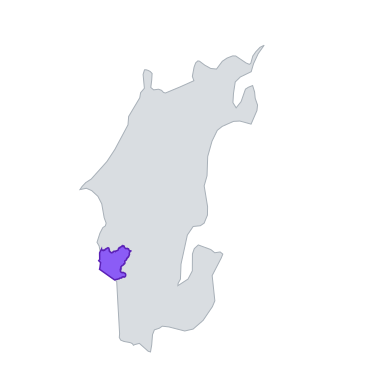 Los Chiles, Alajuela, Costa Rica (highlighted), rotated 247°
{"feature_id": "36466004B82753262426654", "entity_name": "Los Chiles", "entity_type": "district", "adm_level": 2, "iso_a3": "CRI", "parent_name": "Costa Rica", "parent_adm1": "Alajuela", "projection": "albers", "projection_center": [-84.675, 10.857], "detail": "fine", "context": "in_parent", "style": "filled", "palette": "violet", "viewbox_px": 384, "rotation_deg": 247, "n_neighbors": 0, "source": "geoboundaries", "source_scale": "gbopen_adm2", "svg_char_len": 5550}
<svg xmlns="http://www.w3.org/2000/svg" viewBox="0 0 384 384"><g transform="rotate(247 192 192)"><path d="M323.0,196.0L322.5,197.4L321.2,199.0L319.3,200.6L316.7,201.6L310.5,198.5L304.3,194.9L301.0,196.6L299.7,201.3L297.5,203.7L294.7,204.7L293.5,206.3L293.4,222.2L293.7,237.2L298.3,237.5L306.1,242.7L309.4,245.8L310.4,248.6L309.5,250.0L303.8,253.3L298.4,257.5L295.6,262.6L300.5,271.0L301.6,276.6L301.4,282.6L300.1,285.4L289.5,292.3L287.1,294.7L287.5,296.4L293.4,301.1L296.2,305.6L298.6,311.1L298.9,315.8L293.5,307.0L286.0,298.7L279.6,293.5L279.0,281.4L276.4,274.8L266.7,268.8L258.3,264.6L252.2,265.5L256.0,272.5L265.8,281.4L266.4,284.8L266.3,289.4L259.6,288.7L253.6,286.8L246.4,286.3L241.6,283.6L231.4,272.9L238.6,263.8L240.8,257.8L240.6,245.4L238.9,239.4L231.0,230.3L218.5,220.3L201.1,212.2L192.9,205.6L172.4,200.6L164.7,197.2L158.6,191.0L157.7,186.5L159.8,179.6L154.2,170.9L129.9,153.7L116.3,147.3L113.4,143.6L111.3,142.4L113.4,154.3L119.3,161.5L134.8,168.2L139.0,172.0L140.8,177.1L131.7,186.8L127.2,189.2L125.8,194.5L122.8,196.1L119.8,193.1L107.2,177.9L82.9,170.5L78.5,166.0L69.5,152.1L65.4,139.5L66.9,131.0L76.9,117.9L80.1,112.2L79.4,108.7L79.8,103.5L76.1,99.9L66.9,95.1L61.0,91.3L62.6,89.4L73.2,84.4L73.9,79.8L73.8,78.2L75.6,77.9L77.1,76.7L78.1,75.4L81.0,71.0L83.5,68.5L86.4,68.2L89.9,70.0L103.2,74.8L118.0,80.1L139.0,87.7L147.8,82.9L155.3,79.2L160.5,79.7L171.8,84.0L178.7,85.4L182.8,84.9L190.1,91.2L194.0,95.9L194.7,99.1L196.9,100.8L202.6,101.1L216.4,104.3L224.8,103.7L232.5,100.2L236.7,96.2L238.0,89.8L240.0,92.9L242.2,97.9L243.3,104.3L253.3,125.6L261.3,137.6L278.8,159.3L286.3,163.2L299.1,180.7L303.5,183.5L306.1,188.7L319.3,192.9L323.0,196.0Z" fill="#d9dde1" stroke="#a8b0b8" stroke-width="1"/><path d="M174.8,86.4L172.1,83.2L166.0,80.7L165.2,79.3L162.8,80.3L158.2,77.6L157.0,76.7L141.3,86.4L141.2,87.4L141.2,87.6L141.1,87.8L141.1,88.1L141.0,88.5L141.0,88.9L140.8,89.1L140.8,89.3L140.8,90.2L140.8,90.3L140.7,90.4L140.6,90.6L140.5,90.8L140.6,91.0L140.7,91.3L140.8,91.4L140.8,91.7L140.9,91.9L140.8,92.2L140.7,92.6L140.6,93.0L140.4,93.4L140.4,93.7L140.6,93.9L140.6,94.1L140.9,94.3L140.9,94.7L141.0,94.7L141.0,95.0L140.9,95.1L140.9,95.5L140.7,95.8L140.4,95.9L140.3,96.0L140.5,96.2L140.2,96.6L140.1,96.8L140.1,97.1L140.2,97.4L140.3,97.5L140.6,97.9L140.6,98.0L140.9,98.2L141.0,98.3L141.3,98.4L141.5,98.5L141.8,98.6L142.2,98.8L142.3,98.8L142.4,98.7L142.5,98.7L143.2,98.7L143.3,98.6L143.3,98.4L143.5,98.3L143.7,98.2L143.8,98.0L144.0,97.9L144.3,97.7L144.5,97.6L144.7,97.4L144.9,97.2L144.9,96.9L144.9,96.7L145.0,96.6L144.9,96.5L144.9,96.3L145.0,96.1L145.5,95.7L145.8,95.6L146.1,95.4L146.2,95.2L146.8,95.2L147.0,95.1L147.3,95.2L147.3,95.3L147.6,95.5L147.8,95.6L148.0,95.6L148.3,95.6L148.3,95.8L148.5,95.7L148.6,95.8L148.8,96.0L148.8,96.3L148.9,96.5L149.0,96.4L149.1,96.5L149.4,96.6L149.6,96.6L149.8,96.5L150.0,96.7L150.0,96.9L150.3,97.0L150.7,97.2L150.7,97.4L150.7,97.5L151.0,97.6L151.0,97.8L150.9,97.9L150.9,98.0L151.1,98.1L151.3,98.2L151.4,98.4L151.5,98.5L151.5,98.8L151.6,99.0L151.6,99.4L151.6,99.5L151.6,99.9L151.8,100.5L152.0,100.7L152.0,100.8L152.3,101.0L152.1,101.2L152.1,101.3L152.2,101.5L152.3,101.6L152.3,101.9L152.4,102.1L152.6,102.3L152.9,102.5L153.0,102.5L153.3,102.7L153.6,102.8L154.2,102.9L154.2,103.0L154.3,103.1L154.5,103.1L154.7,103.3L154.9,103.5L155.0,103.6L155.0,103.8L155.0,104.1L155.0,104.3L155.0,104.5L155.1,105.0L155.3,105.1L155.4,105.3L155.5,105.5L156.3,105.8L156.4,106.0L156.4,106.4L156.4,106.5L156.5,106.5L156.7,106.8L157.0,107.3L156.8,107.4L156.8,107.5L156.9,107.8L157.0,107.9L157.1,108.2L157.3,108.3L157.5,108.5L157.7,108.9L157.8,109.0L158.4,109.3L158.4,109.5L158.5,109.6L158.8,109.9L159.0,110.1L159.5,110.2L160.0,110.2L160.1,110.3L160.5,110.7L160.7,110.8L160.8,111.0L161.0,111.3L161.3,111.6L161.4,111.8L161.5,112.1L161.5,112.6L161.8,112.7L162.0,112.2L162.0,111.8L162.2,111.7L162.1,111.4L164.4,111.3L164.4,111.0L164.5,110.9L164.8,110.8L165.0,110.5L165.4,110.4L165.5,110.2L165.6,109.9L165.5,109.4L165.6,109.1L165.9,108.9L166.0,108.7L166.5,108.5L166.9,108.4L167.1,108.4L167.4,108.3L167.5,108.3L167.7,108.1L167.9,108.1L168.1,108.0L168.3,108.1L168.4,108.3L168.6,108.4L168.8,108.2L169.0,107.9L169.3,107.8L169.4,107.7L169.5,107.6L169.3,107.5L169.3,107.4L169.2,107.4L169.2,107.1L169.3,106.9L169.5,106.8L169.6,106.7L169.4,106.6L169.3,106.4L169.2,106.3L169.3,106.2L169.4,105.9L169.3,105.7L169.2,105.4L169.2,105.2L169.3,105.1L169.3,104.8L169.2,104.5L168.9,104.1L169.0,104.0L169.0,103.9L169.3,103.5L169.3,103.4L169.2,103.4L168.9,103.3L168.9,103.2L168.7,103.1L168.7,102.6L168.5,102.1L168.3,101.9L168.1,101.8L168.0,101.7L167.8,101.6L167.7,101.5L167.4,101.2L167.3,100.8L167.3,100.3L167.4,100.2L167.4,99.5L167.3,99.3L167.3,99.2L167.5,98.8L167.5,98.7L167.2,98.4L167.1,98.2L167.4,98.1L167.5,98.0L167.6,97.9L167.7,97.7L167.9,97.1L168.0,97.0L168.0,96.9L167.9,96.7L167.9,96.4L167.7,96.2L167.8,96.0L167.7,95.8L167.3,95.5L167.3,95.4L167.4,95.1L167.4,94.9L167.3,94.6L167.3,94.4L167.6,94.0L167.8,94.0L167.9,93.9L168.1,93.5L168.3,93.4L168.6,93.5L168.9,93.3L169.0,93.3L169.1,93.2L169.3,93.0L169.5,92.9L169.9,92.9L170.1,92.8L170.4,92.9L170.5,93.0L170.7,93.3L171.0,93.3L172.0,93.3L172.4,93.5L172.5,93.5L172.8,93.5L173.0,93.4L173.5,92.9L173.4,92.7L173.4,92.4L173.5,92.4L173.5,92.2L173.4,92.2L173.4,91.6L173.3,91.4L173.2,91.1L173.3,90.9L173.3,90.1L173.2,90.0L173.2,89.9L173.1,89.5L172.9,89.2L172.6,89.1L172.5,88.7L172.7,88.4L173.1,88.0L173.0,87.8L172.8,87.7L172.7,87.6L172.7,87.4L172.8,87.3L172.9,87.2L173.3,87.0L173.5,86.9L173.5,86.7L173.9,86.5L174.1,86.4L174.1,86.2L174.5,86.3L174.8,86.4Z" fill="#8b5cf6" stroke="#5b21b6" stroke-width="1.5"/></g></svg>